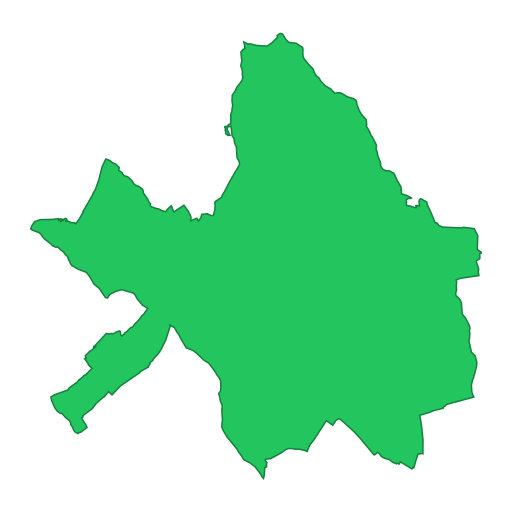 outline of Pungesti, Vaslui, Romania
{"feature_id": "2599482B34424571679317", "entity_name": "Pungesti", "entity_type": "district", "adm_level": 2, "iso_a3": "ROU", "parent_name": "Romania", "parent_adm1": "Vaslui", "projection": "orthographic", "projection_center": [27.364, 46.71], "detail": "fine", "context": "isolated", "style": "filled", "palette": "green", "viewbox_px": 512, "rotation_deg": 0, "n_neighbors": 0, "source": "geoboundaries", "source_scale": "gbopen_adm2", "svg_char_len": 5967}
<svg xmlns="http://www.w3.org/2000/svg" viewBox="0 0 512 512"><path d="M263.5,478.5L264.2,475.5L264.7,470.0L264.6,467.7L266.1,467.2L266.7,466.4L266.5,464.9L266.9,462.5L265.2,460.5L265.7,459.1L270.6,458.7L281.5,452.7L285.9,449.5L288.5,448.5L291.4,448.5L296.0,449.3L298.8,449.1L305.0,450.5L307.3,451.5L308.3,448.3L309.8,445.1L313.9,439.9L326.3,420.7L332.8,425.2L336.1,420.3L338.5,418.8L339.4,418.8L341.4,420.2L353.7,431.3L359.9,438.0L373.9,454.8L374.6,454.9L377.6,452.4L379.5,453.7L380.8,455.9L383.2,457.6L385.7,458.7L389.0,459.4L392.9,462.4L396.6,463.8L397.1,463.1L399.1,464.1L400.4,461.9L412.0,468.9L413.0,467.4L413.8,467.8L417.8,454.2L422.5,453.4L422.9,453.7L423.0,439.9L421.5,425.6L419.8,415.3L429.5,412.4L433.7,410.6L443.1,408.3L443.2,407.1L444.8,406.3L446.6,404.4L473.9,397.0L473.0,395.7L471.8,391.7L471.4,385.2L472.5,380.2L473.4,378.1L476.5,366.7L476.8,361.9L475.0,355.6L471.5,352.3L469.2,342.2L469.0,340.5L469.5,338.3L469.8,333.8L469.5,330.6L469.9,328.1L469.4,325.5L465.4,317.9L462.7,314.7L462.2,313.5L461.4,303.3L460.6,300.6L458.5,297.8L456.3,296.0L455.7,294.5L455.7,293.1L456.6,289.8L456.3,286.5L456.6,281.8L456.2,279.9L460.5,278.3L478.9,275.6L478.2,271.6L478.7,270.1L478.4,267.7L476.4,262.3L476.4,261.2L477.0,260.4L479.6,258.9L479.9,258.3L479.8,253.6L481.3,253.0L481.2,252.1L477.3,249.6L477.7,235.5L474.1,228.6L463.3,227.3L461.5,227.9L442.6,227.1L438.8,225.5L437.3,223.2L434.9,222.4L431.4,213.5L427.0,204.0L426.9,202.1L421.3,198.9L420.3,198.9L419.3,200.1L419.0,201.7L419.4,205.7L415.9,205.6L416.0,206.5L416.5,207.0L416.2,207.6L414.6,207.6L410.6,206.1L406.7,205.5L406.1,203.8L406.6,201.5L406.1,199.9L408.3,198.4L410.9,198.5L411.5,198.1L408.3,196.1L401.5,193.7L401.0,186.9L397.7,181.4L393.9,173.3L389.0,170.7L386.3,170.8L382.9,169.4L380.8,166.2L380.4,165.4L380.7,164.1L380.2,161.7L377.9,156.0L377.1,151.5L376.0,149.3L376.4,146.2L376.1,144.3L372.2,136.8L370.9,135.1L370.1,132.8L367.7,128.3L366.4,126.3L366.7,124.4L366.2,119.7L362.3,115.4L359.6,111.3L356.8,104.3L356.6,101.8L356.0,100.4L353.7,98.7L347.4,96.8L341.1,93.0L338.5,92.7L334.5,93.2L333.6,91.7L332.6,91.1L331.1,89.2L326.2,86.4L323.4,84.0L320.9,81.2L318.9,77.9L316.5,75.9L315.1,74.1L312.8,68.6L308.6,64.4L304.0,58.7L303.1,56.3L302.8,52.6L303.0,49.6L302.5,47.4L296.3,43.3L288.7,42.3L285.7,39.2L282.9,34.5L282.0,33.7L280.7,33.5L279.0,34.1L277.1,35.6L277.4,36.9L277.0,37.8L271.3,43.3L266.8,46.1L256.3,45.4L250.3,43.8L249.1,44.1L247.2,43.7L243.8,41.9L244.5,45.1L244.8,48.6L244.1,49.3L243.3,49.2L240.9,52.1L241.4,57.7L242.0,60.9L241.0,64.2L240.9,66.5L241.7,68.2L242.5,71.4L242.3,74.2L242.6,76.7L242.9,77.3L241.9,80.7L236.8,87.3L235.3,90.8L232.2,95.3L232.0,101.3L232.7,105.5L232.0,109.0L231.9,111.2L230.8,114.3L230.7,116.2L230.9,120.9L230.5,122.9L230.6,124.1L228.5,124.6L228.0,126.1L224.9,126.5L224.7,127.1L225.4,128.3L225.2,130.1L225.8,132.6L225.6,133.3L227.6,135.4L230.0,135.3L227.7,130.7L227.2,128.9L227.2,127.7L227.9,126.9L231.1,126.4L232.1,135.9L234.0,138.5L234.6,143.1L236.4,146.9L236.9,156.7L237.3,158.2L239.3,161.8L239.5,164.7L230.1,180.7L224.6,191.4L222.4,194.9L221.5,197.4L215.1,201.6L214.8,203.1L215.1,205.5L214.9,209.3L213.6,214.5L213.0,215.5L211.0,215.6L207.5,213.8L201.8,214.3L200.8,217.8L198.3,221.1L196.8,218.2L190.8,220.8L191.0,217.4L190.4,215.5L188.2,211.0L183.9,205.2L174.0,211.9L173.3,211.1L171.7,206.4L171.2,205.7L167.2,209.5L165.6,211.7L161.8,210.6L158.8,209.0L155.6,208.3L151.1,206.6L150.3,205.6L150.5,203.7L149.2,202.5L147.8,199.3L143.4,193.0L143.1,190.5L142.2,188.9L138.5,186.2L137.1,186.0L135.1,184.9L134.1,184.0L132.0,180.8L129.2,178.0L127.6,176.7L124.4,175.8L122.3,173.9L122.5,173.0L122.1,172.6L118.7,170.4L119.3,167.6L115.7,164.0L112.8,162.9L109.4,160.3L105.8,159.0L102.1,166.8L98.8,179.9L95.1,190.2L93.2,192.9L92.7,194.7L82.9,211.7L83.3,211.9L81.3,215.5L78.9,219.5L75.7,223.8L74.2,222.7L71.4,222.7L67.5,221.0L65.7,221.3L65.7,220.7L66.9,220.0L66.9,219.5L65.9,218.4L64.3,218.9L63.2,220.3L62.6,220.4L62.3,220.2L62.8,219.5L62.3,219.5L61.0,221.7L60.7,221.6L60.8,221.2L62.0,219.2L60.2,218.8L58.9,220.7L58.5,220.1L59.2,219.4L58.4,218.6L52.6,219.4L40.4,219.6L34.5,221.7L31.8,225.8L30.7,229.0L32.2,230.1L39.2,232.7L41.8,235.3L42.0,236.0L44.7,239.2L51.1,244.1L52.5,245.8L56.1,247.3L57.3,246.8L59.8,248.8L60.5,249.8L63.7,252.1L64.7,253.9L67.6,256.7L68.7,260.1L69.7,261.3L70.3,263.5L71.8,265.5L77.8,269.0L86.4,272.4L89.4,276.2L94.1,284.2L99.2,288.4L105.5,297.6L107.6,298.0L109.2,295.2L110.6,294.0L115.9,291.3L121.7,289.7L133.3,293.1L134.8,294.5L137.4,299.1L142.3,305.0L147.7,308.5L143.7,314.2L142.1,315.4L139.2,319.6L134.9,323.9L132.4,327.1L131.1,327.4L130.0,328.3L126.4,331.9L124.3,333.2L124.1,334.2L121.7,336.0L120.8,334.9L120.2,331.6L119.7,330.9L116.9,331.7L113.4,333.7L111.0,333.6L108.3,334.0L106.4,333.4L95.2,345.4L94.9,345.9L95.7,346.1L95.6,347.1L94.6,347.5L93.7,346.7L93.6,348.5L91.4,350.4L89.8,351.2L85.3,355.8L86.1,358.2L84.6,358.6L88.1,363.6L88.3,364.8L92.0,368.3L85.9,374.5L83.7,375.7L82.4,377.3L78.9,379.9L77.2,382.1L69.3,387.8L67.7,390.0L54.7,394.7L50.9,396.9L51.6,400.5L54.9,408.0L57.4,411.2L60.4,413.4L62.1,413.5L65.2,417.2L69.6,420.8L70.6,422.8L70.8,424.8L72.2,426.6L73.7,430.2L75.0,431.9L77.9,433.6L79.0,432.7L80.7,432.3L87.1,427.4L86.0,425.4L85.7,424.3L84.3,422.6L81.5,418.0L83.0,416.8L82.8,416.1L83.7,415.0L92.2,408.7L96.1,403.5L103.2,397.3L103.9,397.2L108.6,391.6L112.0,394.9L120.6,385.8L139.4,372.9L140.7,371.4L148.4,367.0L148.3,366.2L149.9,364.4L150.1,362.3L151.8,361.4L153.1,359.9L153.0,359.5L159.8,351.8L159.7,351.4L161.1,349.4L165.8,339.9L170.0,326.9L170.2,326.1L170.0,325.3L174.5,327.6L176.9,332.1L178.9,334.7L180.7,338.5L186.3,347.9L193.1,350.5L196.9,353.5L203.7,360.0L208.7,363.2L211.3,366.4L215.8,372.7L216.7,374.6L219.2,377.7L220.6,381.1L220.9,387.3L220.5,390.8L218.7,393.6L219.9,397.9L220.1,400.3L222.3,405.7L221.8,409.9L222.4,420.0L221.8,425.6L221.9,427.4L223.2,430.4L226.9,436.8L237.0,449.1L238.5,451.9L241.6,456.0L243.1,458.9L244.1,459.9L249.9,462.8L255.0,466.8L260.6,474.0L261.8,476.6L263.5,478.5Z" fill="#22c55e" stroke="#15803d" stroke-width="1.5"/></svg>